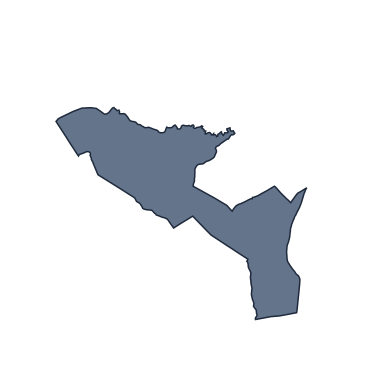 Zé Doca, Maranhão, Brazil, rotated 32°
{"feature_id": "56859067B5198851125658", "entity_name": "Zé Doca", "entity_type": "district", "adm_level": 2, "iso_a3": "BRA", "parent_name": "Brazil", "parent_adm1": "Maranhão", "projection": "mercator", "projection_center": [-45.921, -3.253], "detail": "fine", "context": "isolated", "style": "filled", "palette": "slate", "viewbox_px": 384, "rotation_deg": 32, "n_neighbors": 0, "source": "geoboundaries", "source_scale": "gbopen_adm2", "svg_char_len": 4567}
<svg xmlns="http://www.w3.org/2000/svg" viewBox="0 0 384 384"><g transform="rotate(32 192 192)"><path d="M197.2,119.5L196.0,119.1L194.6,118.2L193.7,119.0L192.8,119.7L191.8,119.4L191.0,118.4L190.2,117.5L189.1,118.8L188.1,120.0L189.0,121.1L190.7,121.6L190.8,122.8L189.9,123.6L188.4,124.4L188.5,125.8L188.6,127.3L187.3,127.0L186.2,126.6L185.1,125.4L184.5,126.2L184.4,127.3L184.0,128.5L183.4,129.3L184.2,131.0L183.6,132.0L182.5,131.3L181.2,131.1L180.0,132.2L179.4,131.1L179.0,132.6L178.2,133.3L177.5,132.7L176.2,132.2L175.2,132.3L174.1,133.4L173.5,134.9L172.4,135.7L172.0,134.8L171.3,133.0L170.0,133.8L169.0,132.7L167.8,132.6L166.5,132.5L166.3,130.7L165.1,130.8L164.5,132.5L161.7,134.9L161.3,136.1L160.3,136.7L159.0,136.6L158.8,135.1L157.7,134.5L156.7,135.2L156.4,136.8L155.3,137.0L154.3,137.1L152.8,138.6L151.9,139.0L150.8,139.5L149.3,139.9L148.5,140.8L148.2,141.6L148.5,142.8L148.6,144.6L147.7,145.4L146.1,146.2L145.2,145.2L144.0,144.8L142.5,144.1L141.7,144.7L141.2,146.1L140.9,147.6L140.3,148.5L139.1,149.2L137.8,150.2L136.2,150.4L136.4,151.8L136.8,153.5L137.1,155.1L136.6,156.3L135.5,157.4L134.6,158.1L132.7,158.8L131.7,158.7L130.5,158.1L128.5,158.4L125.7,159.2L124.1,159.4L120.9,160.1L119.0,161.8L117.5,162.5L116.3,162.4L114.7,162.6L112.7,162.4L111.2,162.9L109.9,163.4L107.8,162.7L106.8,162.7L105.6,163.1L103.0,164.1L101.8,164.3L100.4,163.9L98.2,162.8L95.5,161.8L94.1,161.4L92.7,161.6L91.4,162.6L90.2,163.4L88.9,164.0L88.0,162.3L86.7,161.3L85.2,162.7L83.5,162.2L81.9,162.2L81.0,161.7L80.3,162.6L79.8,164.2L79.7,165.9L79.3,168.9L78.8,169.9L78.2,171.0L76.5,172.4L71.5,172.0L66.6,171.8L61.4,174.2L54.1,179.3L48.5,186.7L40.9,198.7L39.8,200.8L39.3,204.2L55.6,211.8L58.2,213.1L65.8,216.7L68.3,217.8L72.7,219.9L74.2,220.6L75.3,221.1L76.7,221.6L76.5,220.5L77.0,219.4L78.0,218.2L78.8,217.2L79.7,216.0L80.5,214.7L81.4,213.5L82.4,212.9L83.7,212.5L84.9,212.7L85.9,213.7L86.1,214.9L87.9,216.0L88.8,216.9L89.5,217.8L90.5,218.4L91.6,218.9L92.6,219.7L94.1,220.8L103.1,227.2L107.6,227.2L112.0,227.2L114.2,227.2L126.6,227.2L131.0,227.2L139.5,227.3L145.4,227.3L147.1,227.6L148.2,228.4L149.2,228.9L150.0,229.4L151.1,229.4L152.7,229.3L154.1,229.4L155.2,229.9L156.2,230.4L157.8,231.2L158.7,231.9L159.8,232.0L160.9,231.8L162.2,231.3L163.4,230.9L164.5,230.3L165.5,229.7L166.7,229.3L167.6,228.8L168.5,229.0L169.8,229.3L171.4,229.8L172.9,229.9L173.8,230.4L175.4,230.1L176.8,229.7L177.9,229.6L179.0,229.4L180.2,229.1L181.3,228.8L182.3,228.5L183.2,228.3L184.4,228.2L185.4,228.1L186.6,228.5L191.2,230.5L192.1,230.9L195.5,232.3L197.2,228.7L199.4,224.1L201.5,219.9L202.1,218.8L204.6,213.7L205.4,212.1L225.8,217.2L231.0,218.4L251.5,218.9L252.8,218.9L265.6,219.2L272.5,219.3L275.1,219.4L275.2,221.7L276.2,222.0L277.7,223.3L279.5,225.8L281.0,226.9L282.4,227.7L284.4,229.1L285.6,230.7L286.4,232.9L287.1,233.8L287.7,234.7L289.0,236.1L290.4,238.2L292.3,240.2L293.9,241.8L294.4,243.0L296.0,246.1L296.8,247.6L298.2,249.0L299.9,250.8L301.5,252.0L303.3,253.3L304.0,254.6L304.6,256.2L306.3,257.1L307.8,257.6L308.8,257.9L310.5,260.0L311.1,260.8L312.3,261.7L312.7,263.0L312.5,264.5L312.7,265.6L313.4,266.5L325.4,255.5L326.8,254.5L332.0,250.6L337.9,245.2L344.7,238.9L343.2,235.5L339.7,228.5L334.1,217.1L332.1,213.1L330.0,209.2L328.8,208.0L326.7,206.7L323.7,206.3L320.8,204.9L319.5,204.6L314.8,202.7L310.1,200.4L308.0,198.3L306.2,195.7L304.2,193.1L301.4,187.8L300.9,186.4L300.4,183.8L299.4,180.5L298.5,177.9L297.7,176.5L296.2,173.2L294.9,170.7L294.4,168.7L293.6,166.4L293.2,164.1L292.9,162.8L292.8,161.5L292.6,160.5L292.1,158.2L292.2,156.0L291.9,154.9L291.6,151.1L291.4,148.5L290.7,144.6L290.1,141.9L288.2,135.1L287.8,133.8L287.7,132.4L287.2,130.4L287.1,127.6L284.7,132.5L282.2,137.2L281.9,139.6L281.3,148.8L278.8,148.1L276.2,147.7L267.8,145.8L260.5,143.6L258.9,143.4L257.5,145.9L255.0,150.9L252.6,155.1L251.8,156.5L251.1,157.9L249.8,160.3L248.8,161.6L247.4,163.5L246.1,164.6L246.6,165.8L245.5,166.5L244.2,168.5L242.2,172.0L239.3,176.4L238.2,177.5L236.8,180.2L236.5,181.7L236.2,184.2L236.2,187.0L234.2,186.5L233.1,186.2L229.9,185.3L228.7,184.9L213.9,185.2L203.3,185.8L189.9,186.5L188.8,184.0L188.4,181.6L187.8,180.6L187.0,179.6L186.7,178.5L185.1,175.7L184.0,173.7L183.0,172.3L182.2,170.7L182.1,168.8L182.1,166.7L182.9,165.1L184.5,163.8L186.4,162.3L186.9,161.3L187.4,159.5L188.6,157.7L190.0,156.1L191.8,152.5L192.3,150.7L191.5,145.1L190.9,144.1L189.7,143.2L188.5,142.1L188.6,141.0L188.9,140.0L189.6,139.2L190.2,138.0L190.7,135.7L191.6,133.8L193.1,130.1L193.8,128.6L194.8,127.7L194.8,125.0L194.8,123.6L195.2,122.5L196.2,122.0L196.9,121.1L197.2,119.5Z" fill="#64748b" stroke="#1e293b" stroke-width="1.5"/></g></svg>